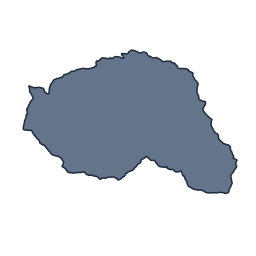 outline of Kangpara, Tashigang, Bhutan, rotated 263°
{"feature_id": "84629894B39590261295219", "entity_name": "Kangpara", "entity_type": "district", "adm_level": 2, "iso_a3": "BTN", "parent_name": "Bhutan", "parent_adm1": "Tashigang", "projection": "equal_earth", "projection_center": [91.702, 27.164], "detail": "fine", "context": "isolated", "style": "filled", "palette": "slate", "viewbox_px": 256, "rotation_deg": 263, "n_neighbors": 0, "source": "geoboundaries", "source_scale": "gbopen_adm2", "svg_char_len": 5746}
<svg xmlns="http://www.w3.org/2000/svg" viewBox="0 0 256 256"><g transform="rotate(263 128 128)"><path d="M82.4,232.1L83.4,231.9L83.8,230.9L84.4,229.9L84.9,229.3L85.2,228.8L85.4,228.8L85.8,229.3L87.0,229.3L88.3,229.1L88.8,228.7L90.0,228.3L90.8,228.3L91.6,228.1L94.0,227.0L96.6,227.3L97.5,226.9L98.4,226.3L98.9,225.7L99.3,224.4L100.0,222.9L100.9,221.2L101.4,220.5L102.8,219.3L103.8,218.6L104.6,217.7L106.7,216.5L107.3,216.7L109.9,216.8L111.4,215.8L112.4,214.3L113.3,213.7L115.2,212.7L116.2,212.5L117.2,211.9L119.0,211.4L120.0,210.8L121.1,210.8L122.4,211.2L123.2,211.1L124.0,211.5L125.1,211.7L126.3,212.3L127.9,210.4L129.3,209.4L131.4,207.6L135.5,205.0L136.6,204.6L137.5,204.8L138.1,205.3L138.7,205.3L139.4,205.5L141.6,207.4L143.4,208.0L144.6,208.0L144.9,207.7L145.4,206.4L145.4,205.5L145.5,205.0L146.3,204.3L147.6,202.2L148.4,201.9L151.6,202.0L152.5,201.5L153.9,201.0L155.2,201.0L157.4,201.1L160.4,201.8L162.1,202.7L163.0,202.9L163.9,202.9L164.4,202.5L165.6,202.0L167.0,200.8L169.1,199.7L170.8,199.1L171.8,198.8L173.4,198.8L174.5,199.0L174.9,198.9L175.9,197.3L177.2,195.3L178.3,195.0L178.7,194.7L179.3,193.9L180.1,191.4L180.5,188.2L180.6,187.5L181.0,185.7L181.6,184.8L182.4,184.4L183.3,184.7L184.1,183.9L185.0,183.2L185.4,182.7L186.5,182.4L187.0,181.3L187.4,180.0L187.9,179.1L189.2,178.5L189.3,176.2L189.6,175.1L189.6,171.0L189.7,170.6L192.3,168.0L193.1,167.1L193.4,166.0L193.8,165.5L194.5,165.1L194.5,164.1L194.3,161.8L194.6,161.2L195.2,160.1L196.5,158.8L196.9,157.2L198.0,156.3L199.2,156.1L200.0,155.6L200.6,155.0L201.4,153.3L201.5,152.4L201.1,150.0L201.0,148.6L202.7,146.1L204.1,143.7L204.8,141.2L204.8,140.5L204.1,139.6L203.6,138.3L202.7,137.7L201.7,136.4L201.7,135.0L202.2,134.0L202.4,133.0L202.6,131.4L202.5,130.7L201.6,130.5L200.8,131.4L199.8,132.1L198.5,132.2L198.0,132.1L197.8,131.7L198.2,131.0L198.5,129.9L199.3,128.8L200.3,125.1L200.4,124.4L199.9,122.5L199.4,121.6L198.9,121.2L198.9,120.7L199.6,119.5L199.7,118.7L199.3,117.8L199.3,115.8L200.0,114.8L200.3,113.0L200.6,112.4L200.7,110.4L200.4,109.9L199.2,108.8L198.2,107.1L198.3,105.0L197.4,104.3L194.5,104.2L194.0,104.4L192.6,101.9L192.1,100.3L191.8,98.5L191.7,97.2L191.8,94.1L192.4,92.1L192.7,89.4L192.4,88.3L192.4,86.2L192.1,85.2L191.9,83.3L191.1,82.0L190.9,81.1L191.3,79.0L190.6,77.9L189.4,75.4L188.7,71.8L188.6,70.9L188.3,70.5L187.5,70.2L186.9,69.5L186.5,67.9L185.9,66.0L185.6,65.5L185.8,65.0L185.9,63.9L185.6,62.8L185.2,61.7L185.0,60.6L184.3,59.8L182.8,58.7L181.6,57.3L181.0,57.0L180.1,56.3L177.2,54.9L173.2,54.0L171.5,53.5L171.5,52.7L171.8,52.3L172.4,51.3L174.4,49.6L176.9,49.2L178.0,48.4L178.2,47.3L179.1,45.3L179.2,44.0L179.3,40.9L179.5,39.2L180.2,38.1L180.8,36.6L181.7,35.4L181.7,34.9L181.5,34.7L179.3,35.0L176.8,35.0L175.8,34.9L174.3,35.8L170.6,37.2L169.2,37.6L168.5,37.1L167.9,37.0L167.4,35.7L167.1,35.4L166.5,35.0L165.8,34.1L165.5,33.9L164.8,33.8L163.8,33.2L163.4,32.5L161.9,32.0L161.5,31.7L160.5,30.8L159.5,30.3L159.0,29.8L158.1,29.7L156.3,29.9L155.0,30.1L154.2,29.4L153.8,29.2L153.2,28.5L152.8,28.3L151.6,28.3L150.2,27.8L149.0,26.9L147.2,26.1L145.3,25.6L142.9,24.7L141.8,24.4L141.0,24.0L140.3,23.9L139.2,24.1L138.6,25.4L137.9,28.7L137.7,29.4L137.3,32.1L135.0,32.8L133.3,33.5L132.0,34.3L129.9,35.8L129.4,36.0L127.9,37.0L126.7,38.3L123.9,38.7L121.7,41.1L121.3,42.8L120.5,43.3L118.9,44.1L118.0,44.8L115.1,46.4L113.5,47.8L112.0,48.4L110.7,49.6L109.8,51.3L108.8,53.8L108.7,54.7L108.3,55.6L107.1,56.8L106.6,57.5L105.9,58.1L104.9,58.5L102.8,59.7L101.9,59.9L101.4,59.6L99.5,59.0L98.1,57.9L97.4,58.4L96.1,60.1L95.1,60.9L92.9,62.0L91.0,63.5L91.0,63.9L90.9,64.7L90.3,66.3L90.0,68.5L90.0,69.1L89.8,69.7L90.0,70.0L89.8,71.6L90.0,73.1L90.0,73.7L89.5,74.7L89.5,75.1L89.5,75.5L89.7,76.0L89.9,77.6L89.7,78.5L89.6,79.1L89.3,79.2L89.1,79.6L88.2,80.4L86.9,81.2L86.6,81.8L86.4,82.5L86.0,83.0L85.6,84.3L85.8,85.2L85.5,86.5L85.1,87.0L84.6,87.9L84.7,88.4L84.3,88.9L84.2,89.4L83.9,90.4L83.1,91.8L82.3,92.8L81.0,93.3L80.6,93.9L80.5,94.3L80.6,94.7L81.5,96.2L81.5,96.7L81.3,97.4L80.9,98.1L80.9,98.8L81.1,100.8L81.2,101.2L81.6,101.8L81.7,102.4L81.5,103.5L81.3,104.4L81.4,104.9L81.2,105.5L81.3,106.1L81.1,107.8L80.0,109.6L79.1,110.6L78.4,111.2L78.0,111.3L77.7,111.6L77.6,112.2L78.0,113.9L79.5,116.4L79.9,116.8L80.3,117.4L80.5,118.4L81.0,119.0L82.1,119.6L82.7,120.1L83.2,120.9L83.7,122.0L84.2,122.6L84.5,123.5L84.9,124.5L85.0,125.5L85.4,126.5L85.6,127.4L86.2,128.5L87.6,129.7L88.2,130.8L89.2,132.0L90.2,132.6L90.8,133.2L91.2,134.0L91.4,134.9L91.9,135.9L92.2,136.3L93.1,136.8L94.4,136.7L94.7,137.1L95.3,138.3L95.6,139.4L96.0,140.4L96.9,141.6L97.2,142.3L97.3,142.8L96.9,143.0L96.0,144.5L95.2,144.9L94.1,145.9L93.6,146.3L93.2,146.7L93.0,147.6L92.9,148.7L92.8,149.1L92.7,150.1L91.8,151.0L89.9,151.6L89.5,151.8L88.4,152.8L88.0,152.9L87.2,153.4L85.6,155.1L85.4,155.9L85.4,157.1L84.7,158.3L84.5,159.3L84.7,162.1L84.4,162.2L83.3,162.0L82.9,162.4L82.6,163.1L82.1,163.7L82.0,164.2L81.6,164.6L81.5,165.0L81.5,165.9L81.7,167.1L79.0,169.3L78.8,169.9L78.3,171.8L78.3,172.5L78.7,174.3L78.8,175.0L78.7,175.4L78.0,175.6L77.6,175.9L75.9,176.2L74.0,176.8L73.6,177.1L73.5,177.5L73.0,177.9L72.6,178.0L70.3,178.5L69.0,179.2L68.4,179.4L67.9,179.5L66.8,179.8L64.7,180.1L62.9,180.8L62.5,181.1L62.0,182.1L61.3,183.2L60.3,184.0L59.3,185.8L58.8,187.1L58.1,188.6L58.1,188.9L57.7,189.9L57.7,190.4L57.9,191.1L57.8,191.7L57.3,193.0L57.2,193.9L56.8,194.7L55.7,195.7L54.1,198.6L53.7,200.3L53.2,205.8L53.2,206.6L52.9,207.8L52.8,209.5L53.1,210.3L52.9,211.3L52.2,215.1L51.7,215.5L51.3,216.2L51.2,216.9L51.2,217.8L51.8,219.8L52.5,220.4L53.2,220.4L54.8,220.9L57.0,222.7L59.1,223.6L59.6,224.1L60.5,224.6L60.8,224.7L62.8,224.4L64.2,224.4L67.4,224.1L68.1,224.2L68.8,224.6L70.3,225.8L70.8,226.6L71.3,227.1L72.6,227.8L76.2,231.1L76.8,231.2L78.4,230.7L79.1,230.7L81.1,231.0L82.4,232.1Z" fill="#64748b" stroke="#1e293b" stroke-width="1.5"/></g></svg>